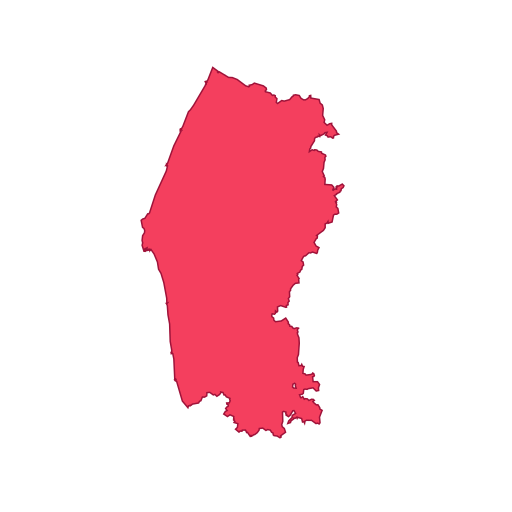 Marche, Macerata, Italy (Equal Earth projection), rotated 224°
{"feature_id": "23120603B49951072422318", "entity_name": "Marche", "entity_type": "district", "adm_level": 2, "iso_a3": "ITA", "parent_name": "Italy", "parent_adm1": "Macerata", "projection": "equal_earth", "projection_center": [13.047, 43.328], "detail": "fine", "context": "isolated", "style": "filled", "palette": "rose", "viewbox_px": 512, "rotation_deg": 224, "n_neighbors": 0, "source": "geoboundaries", "source_scale": "gbopen_adm2", "svg_char_len": 6154}
<svg xmlns="http://www.w3.org/2000/svg" viewBox="0 0 512 512"><g transform="rotate(224 256 256)"><path d="M150.4,117.2L145.9,117.5L145.8,119.1L144.4,120.2L144.9,121.2L142.6,123.5L140.1,122.5L139.7,123.2L134.8,122.2L134.2,123.0L134.8,123.5L133.6,124.3L133.6,125.8L132.9,126.5L132.4,129.7L132.8,132.8L133.8,134.2L131.6,136.9L127.7,137.4L127.0,139.3L124.7,140.7L122.4,140.0L120.8,140.5L119.3,139.3L118.3,139.3L115.7,141.2L112.5,141.9L112.2,143.3L113.4,143.8L112.3,149.7L115.8,151.6L118.5,151.4L120.4,152.6L121.8,155.6L128.5,162.1L128.2,163.4L126.0,164.5L124.9,163.1L123.8,163.2L123.7,162.5L121.0,163.0L120.8,165.3L122.0,170.3L121.3,171.2L118.2,170.3L119.2,166.6L117.9,164.8L117.9,160.1L116.8,157.6L115.5,160.1L116.3,161.8L115.7,165.0L116.3,165.5L115.1,166.5L114.7,168.4L113.7,167.9L114.0,168.8L110.3,170.8L107.2,168.9L106.4,170.1L104.9,169.5L106.1,171.3L105.6,172.9L101.8,176.4L96.5,177.1L95.5,178.6L93.9,179.0L94.1,180.5L98.4,184.2L101.2,190.9L103.8,190.3L104.8,191.2L108.1,192.0L109.2,190.8L112.9,190.6L114.1,190.9L113.7,192.6L115.1,192.7L116.5,191.6L117.6,188.8L119.8,188.9L121.6,187.5L121.8,186.5L124.7,187.3L124.9,185.7L125.5,185.1L128.3,186.4L126.7,188.8L126.6,190.1L128.9,193.1L128.3,194.3L126.6,195.6L126.3,196.8L123.4,200.8L118.9,200.7L117.5,202.8L119.5,204.5L121.0,207.7L124.5,208.3L127.6,205.3L131.4,208.4L130.7,209.6L131.0,210.6L132.8,211.5L133.9,211.2L133.6,210.4L134.3,208.8L137.2,205.1L138.8,205.3L140.8,204.2L143.3,207.3L144.6,209.9L145.9,209.0L147.8,209.8L147.4,208.6L148.9,206.9L151.7,208.7L152.5,208.4L155.7,211.5L157.0,214.6L164.3,223.3L168.3,227.0L171.7,228.5L173.1,229.7L173.0,230.5L174.8,231.4L175.4,232.8L174.8,234.0L176.9,232.5L178.1,230.3L179.5,229.8L181.3,230.2L183.0,229.0L184.2,229.9L185.8,229.7L186.8,230.9L191.5,232.0L192.7,226.8L196.3,222.3L198.5,222.2L200.2,223.6L202.5,223.4L203.4,224.2L204.2,225.7L202.3,226.9L202.2,228.1L203.8,230.0L202.0,230.0L202.1,231.4L205.2,234.3L203.8,237.5L198.9,239.8L198.5,240.4L199.8,241.5L199.0,243.2L200.7,244.7L200.8,246.6L203.1,247.8L203.5,250.1L207.1,253.5L207.3,255.4L208.3,256.3L209.0,260.8L208.7,263.7L206.4,266.5L209.3,269.0L209.3,269.7L213.1,270.6L213.1,271.7L214.2,272.1L213.3,274.9L214.1,276.9L213.8,278.2L215.5,280.7L215.4,282.5L218.0,284.4L220.2,284.1L221.3,288.0L221.3,289.6L220.5,290.5L220.2,295.1L218.9,296.1L218.1,298.1L214.1,300.0L214.3,301.1L215.7,303.1L216.5,305.8L219.7,304.9L223.7,306.1L224.7,310.4L224.4,311.4L225.7,313.1L226.7,312.9L225.3,321.3L225.9,324.4L228.5,327.1L227.8,329.1L228.2,330.8L226.8,329.7L224.9,333.3L228.7,339.3L228.3,340.8L226.9,342.2L226.4,344.4L230.2,347.1L232.3,347.0L233.7,349.1L236.2,350.1L235.7,350.6L236.6,350.9L236.4,352.9L241.6,353.8L240.9,356.3L241.3,356.7L240.0,360.1L240.5,361.1L240.2,362.0L241.3,363.5L240.9,365.8L241.5,367.6L243.9,367.7L245.1,363.8L246.2,362.9L245.6,361.7L246.4,361.9L246.4,361.3L244.5,360.0L245.8,359.1L246.2,356.9L246.7,356.9L247.7,359.5L250.9,359.7L256.2,355.3L259.6,359.3L261.1,360.3L262.6,360.0L262.7,361.1L267.0,362.8L268.3,365.9L272.1,370.6L273.1,373.2L275.0,374.8L275.0,376.3L276.2,376.9L280.2,375.5L281.2,376.3L283.9,374.5L285.8,374.5L287.6,373.2L287.5,372.3L289.4,371.4L290.1,368.1L291.7,370.4L291.7,371.8L292.5,372.5L294.0,379.5L295.4,381.1L295.6,382.6L294.5,384.4L294.7,385.2L293.2,386.1L294.7,387.3L293.2,387.3L291.9,391.1L292.1,392.6L290.8,394.3L290.0,391.3L288.2,392.0L286.8,391.6L285.2,393.6L282.6,394.1L282.3,394.8L283.3,395.9L283.4,397.3L281.2,401.0L283.7,400.7L284.9,401.7L292.6,402.9L293.7,404.0L294.9,402.3L295.7,399.4L299.8,399.4L301.2,401.7L305.7,403.4L310.1,408.8L313.2,410.7L316.1,410.5L319.3,412.4L326.3,407.7L328.2,409.5L328.9,408.4L328.2,407.6L328.2,405.1L328.9,402.7L330.2,401.4L333.2,400.7L336.4,401.5L339.5,399.5L340.8,397.6L340.3,396.6L340.7,395.4L340.4,391.9L343.3,387.0L345.5,385.7L346.4,380.7L348.1,380.6L350.2,383.7L352.6,383.7L353.5,384.7L355.0,384.2L355.7,382.9L359.0,383.2L363.3,380.7L364.0,381.1L364.1,383.0L365.3,383.9L368.9,383.5L377.3,379.2L377.8,376.7L379.5,374.1L378.6,373.6L378.7,372.7L381.7,371.2L392.1,369.9L397.0,367.9L399.8,365.4L410.3,363.0L410.6,361.5L411.4,361.6L411.3,362.5L418.1,361.6L413.0,349.4L412.7,347.8L413.7,346.3L413.9,345.5L413.0,347.2L412.3,347.1L412.6,346.7L411.9,345.9L413.1,346.2L411.8,345.3L410.9,343.2L405.6,321.2L404.7,315.4L404.8,312.9L398.7,298.5L398.0,295.8L398.5,295.3L398.5,294.4L398.2,294.1L398.4,295.2L397.9,295.7L398.2,295.3L397.4,295.1L398.2,294.7L396.6,293.6L391.6,278.1L383.9,261.0L383.6,259.8L383.9,259.6L383.7,258.6L383.3,259.2L383.8,259.7L382.7,259.5L383.3,258.9L381.7,258.5L379.5,254.7L370.8,230.0L362.5,213.0L362.5,211.8L363.2,211.1L362.1,205.9L363.2,203.9L363.4,201.9L357.5,197.8L355.7,198.0L353.6,196.9L352.3,195.1L351.7,191.9L348.8,188.1L346.6,186.7L345.4,184.6L339.9,181.6L339.2,182.2L340.5,183.0L339.0,182.9L338.9,183.0L338.3,183.1L341.0,183.7L340.1,186.1L339.0,183.8L339.1,184.3L338.5,183.8L337.4,185.5L338.1,185.0L338.6,185.4L338.0,185.7L338.7,186.4L338.0,186.0L337.3,186.8L336.8,186.3L337.4,185.7L335.7,186.5L336.7,186.4L337.2,187.0L336.4,187.4L336.0,186.7L336.0,187.7L330.8,186.7L322.7,183.2L316.9,178.8L312.2,177.5L303.8,172.8L290.9,163.6L287.5,160.3L287.6,159.4L287.0,160.7L286.8,159.7L287.3,159.7L287.1,159.9L287.1,160.4L287.4,159.6L285.4,158.8L278.4,152.5L270.9,147.1L258.3,134.9L251.3,129.8L250.1,128.6L250.2,127.7L249.1,126.9L248.8,128.0L248.1,128.0L243.5,124.8L228.7,110.8L228.7,110.1L228.2,112.4L228.5,110.3L227.6,110.2L227.9,111.0L228.0,112.4L227.5,110.6L226.0,110.7L208.2,100.5L199.6,99.6L200.5,101.3L199.3,102.5L199.7,102.9L198.9,103.8L198.9,105.2L195.2,110.4L195.7,112.2L195.1,113.6L196.6,117.3L195.0,118.7L194.3,121.2L196.4,123.6L194.5,125.8L190.2,126.4L189.4,127.9L186.7,127.9L186.0,131.0L186.3,133.3L186.9,133.7L184.9,134.9L182.5,133.8L181.8,134.6L179.5,134.1L175.8,135.5L175.1,134.3L174.0,134.0L173.2,131.8L175.0,129.9L174.0,129.2L172.4,129.7L171.6,128.4L172.1,127.1L171.9,125.2L169.4,124.8L170.1,122.9L169.4,119.9L165.0,120.7L164.4,123.7L160.5,125.1L159.1,123.5L158.4,123.5L158.3,122.5L156.3,122.4L156.1,121.0L152.6,122.8L150.3,119.8L150.4,117.2ZM138.6,187.1L140.4,189.4L139.8,191.3L138.5,191.3L137.6,190.0L135.3,188.8L137.1,187.2L138.6,187.1Z" fill="#f43f5e" stroke="#9f1239" stroke-width="1.5"/></g></svg>